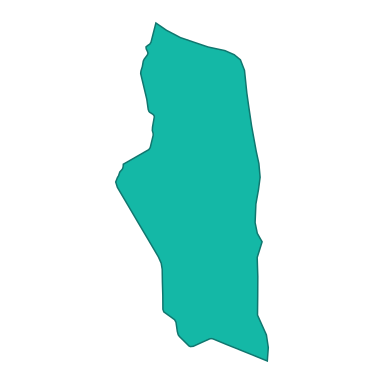 Ghat, Equal Earth projection
{"feature_id": "LBY-2968", "entity_name": "Ghat", "entity_type": "Municipality", "adm_level": 1, "iso_a3": "LBY", "parent_name": "Libya", "parent_adm1": "", "projection": "equal_earth", "projection_center": [10.299, 26.072], "detail": "fine", "context": "isolated", "style": "filled", "palette": "teal", "viewbox_px": 384, "rotation_deg": 0, "n_neighbors": 0, "source": "natural_earth", "source_scale": "10m", "svg_char_len": 1174}
<svg xmlns="http://www.w3.org/2000/svg" viewBox="0 0 384 384"><path d="M190.4,346.6L189.0,346.0L179.5,336.6L178.2,334.8L177.3,331.4L176.0,322.3L174.6,319.7L163.8,311.9L162.9,309.3L162.8,295.8L162.4,282.1L162.2,269.3L161.2,263.2L158.4,256.9L147.4,238.2L138.5,223.2L127.5,204.5L117.4,187.4L115.7,182.0L117.5,177.4L118.5,175.9L119.8,172.0L122.3,169.2L122.9,167.8L123.2,166.2L123.3,164.2L148.8,149.6L150.2,147.6L153.2,135.2L153.1,133.2L152.3,130.5L152.5,127.1L154.3,116.9L154.0,115.5L152.9,114.3L149.6,112.2L148.9,111.3L148.2,109.4L146.8,99.3L140.7,73.7L140.8,72.1L141.1,70.5L142.3,66.7L143.3,61.0L144.3,59.0L147.4,54.9L148.0,53.1L147.3,51.1L146.2,48.9L146.0,46.9L147.8,45.4L149.8,44.1L151.0,42.2L155.9,23.0L156.2,23.2L166.5,30.3L180.4,37.6L194.2,42.3L208.1,47.0L224.9,50.6L234.2,54.7L240.4,59.8L244.5,70.4L246.8,92.8L248.7,106.3L251.6,126.0L256.2,151.2L258.9,163.7L260.1,177.3L258.5,189.6L255.9,204.0L255.1,222.6L257.3,233.4L262.1,241.8L257.2,257.5L257.8,276.7L257.7,296.8L257.5,315.1L266.4,334.9L268.3,347.6L267.3,361.0L244.2,351.6L226.8,344.6L213.0,338.9L211.4,338.6L209.8,338.8L201.8,342.4L193.3,346.3L190.4,346.6Z" fill="#14b8a6" stroke="#0f766e" stroke-width="1.5"/></svg>